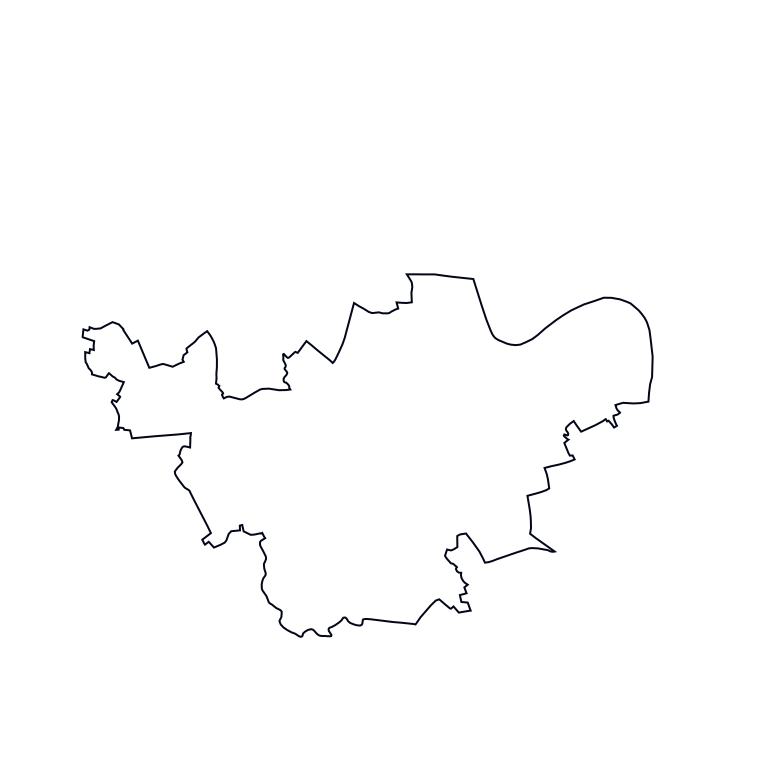 the district of Thanh Tri, Ha Noi, Vietnam, rotated 319°
{"feature_id": "81297802B95629282135268", "entity_name": "Thanh Tri", "entity_type": "district", "adm_level": 2, "iso_a3": "VNM", "parent_name": "Vietnam", "parent_adm1": "Ha Noi", "projection": "equal_earth", "projection_center": [105.831, 20.942], "detail": "fine", "context": "isolated", "style": "outline", "palette": "ink", "viewbox_px": 768, "rotation_deg": 319, "n_neighbors": 0, "source": "geoboundaries", "source_scale": "gbopen_adm2", "svg_char_len": 6154}
<svg xmlns="http://www.w3.org/2000/svg" viewBox="0 0 768 768"><g transform="rotate(319 384 384)"><path d="M520.3,363.4L505.9,347.9L500.3,341.6L494.3,334.7L473.2,316.2L471.9,324.6L471.1,326.4L468.9,329.5L464.5,333.2L458.6,340.6L454.2,337.7L450.9,334.6L447.0,330.7L444.2,336.4L441.9,335.4L437.1,334.2L434.5,333.9L432.9,332.9L429.3,329.7L427.1,326.5L423.4,324.0L421.5,322.6L419.8,319.6L419.0,316.9L418.0,313.7L416.2,308.9L414.5,303.2L384.5,323.5L378.3,327.0L370.2,330.7L363.4,333.6L361.1,334.3L359.1,334.5L358.7,330.5L355.8,314.2L354.9,308.2L353.6,300.7L339.3,303.9L338.2,301.6L337.3,301.5L331.6,301.7L329.7,301.7L328.9,301.4L328.4,300.9L328.2,298.9L328.1,295.6L327.8,295.5L327.0,295.7L325.9,297.4L324.7,298.8L323.7,299.7L322.9,303.0L322.2,305.4L320.9,306.5L319.3,306.9L318.8,307.6L318.6,311.6L317.9,312.5L316.1,313.2L313.4,313.5L311.6,314.2L310.1,316.3L310.1,317.3L310.5,318.2L311.1,318.8L311.3,320.7L311.2,322.9L311.0,323.6L310.0,324.6L309.7,326.7L306.1,324.3L300.7,319.8L294.1,312.0L288.8,307.8L286.8,306.9L281.0,305.7L270.0,303.8L267.9,303.1L266.4,302.2L265.0,300.7L260.4,294.0L259.0,292.0L256.9,290.6L253.7,289.8L253.9,288.0L254.6,286.0L254.8,285.7L256.3,285.7L256.7,284.6L256.6,279.2L256.7,278.2L258.4,277.5L258.2,275.5L257.4,273.5L261.1,270.1L264.3,266.2L268.6,262.0L274.0,255.9L280.7,246.8L282.3,243.0L283.3,240.2L284.2,236.5L284.8,233.3L285.2,228.1L280.1,227.6L274.6,227.2L269.0,228.1L258.3,227.6L257.6,228.4L256.4,231.1L251.6,230.8L249.6,232.3L247.9,233.4L247.4,235.9L243.4,234.4L235.8,232.3L232.6,227.2L230.5,224.0L228.4,222.8L223.4,220.7L217.5,217.8L226.7,189.8L220.4,188.3L220.7,186.5L222.7,172.0L223.3,171.7L223.0,165.1L219.7,159.2L212.0,157.3L206.6,156.1L202.9,153.5L201.3,152.1L199.1,148.0L197.4,149.6L195.3,149.3L193.0,145.6L187.7,150.5L187.3,151.1L193.4,161.5L190.0,164.6L187.3,168.0L185.0,164.8L181.9,167.5L179.4,163.9L175.3,168.7L173.0,172.1L173.0,173.5L171.5,178.4L171.7,180.5L171.5,182.6L171.2,183.8L169.9,185.1L174.2,191.9L174.6,192.2L177.2,196.0L178.7,196.5L182.7,195.5L183.5,195.4L183.7,196.7L184.2,200.4L184.9,202.1L185.1,203.2L185.1,205.1L186.3,208.0L188.9,211.9L180.0,216.0L178.6,216.5L175.9,216.6L176.5,219.8L176.4,220.7L170.4,222.1L169.2,218.9L168.6,218.1L166.5,219.1L166.1,224.5L165.6,227.5L164.5,230.3L163.9,232.4L163.2,233.9L161.9,235.7L159.6,238.0L157.3,239.7L155.2,241.6L151.8,242.9L153.8,244.4L155.4,242.9L158.4,246.3L157.9,248.1L161.9,252.4L158.2,259.7L176.5,272.9L195.4,286.9L206.1,294.4L204.6,295.8L202.5,297.4L202.4,297.8L200.2,300.2L196.0,304.7L193.4,301.1L192.7,300.3L191.6,299.6L190.8,299.4L189.3,299.7L186.6,300.8L183.8,302.9L182.9,303.2L181.9,303.2L181.4,308.4L181.1,309.5L180.4,311.0L178.1,311.5L173.3,311.8L168.7,312.8L167.3,315.0L166.8,317.0L166.2,321.1L165.9,325.5L165.6,331.1L165.9,332.6L166.6,334.5L167.2,336.7L166.6,338.9L164.7,346.2L157.6,375.3L155.5,383.0L144.7,382.3L143.6,386.7L143.5,387.8L148.2,388.1L148.4,395.9L155.1,398.1L158.1,398.8L159.7,399.2L162.3,398.7L168.4,395.3L172.1,394.9L179.3,400.0L182.3,396.3L184.5,397.4L181.4,403.1L184.4,410.3L187.2,412.5L192.8,415.6L193.1,416.3L194.4,416.5L193.4,420.4L193.2,422.4L188.0,421.6L186.8,422.0L186.0,422.7L184.6,424.6L183.9,427.4L183.1,431.1L181.7,436.5L181.1,437.5L180.2,438.7L176.9,440.4L176.0,440.6L174.7,441.7L172.4,445.0L170.8,448.8L169.8,450.1L168.8,450.7L165.7,451.4L163.2,452.7L160.2,455.0L157.4,458.5L156.8,460.5L156.2,466.5L155.8,468.0L153.9,473.0L153.9,474.4L154.2,475.6L154.6,476.4L155.7,482.4L157.4,486.5L157.5,487.7L157.4,488.8L154.0,492.3L152.6,493.0L149.7,494.2L149.0,495.6L148.3,497.8L148.4,501.7L149.5,506.1L151.2,510.6L153.2,514.3L154.3,518.4L155.2,520.1L156.1,520.6L157.2,520.6L159.3,519.2L161.8,519.1L165.2,519.7L168.1,521.2L169.2,522.8L169.4,524.3L169.5,528.8L170.0,530.9L170.7,532.2L171.9,533.5L174.0,535.3L175.7,537.1L177.7,538.9L178.7,539.6L179.7,538.9L180.4,534.1L181.3,532.7L182.1,532.3L183.4,532.4L185.1,533.1L189.0,534.0L193.5,534.5L196.6,534.5L199.9,533.7L201.4,534.6L201.9,536.2L201.3,539.6L201.7,542.0L203.1,544.9L205.0,548.0L207.4,550.6L209.2,551.1L210.5,550.6L213.5,548.0L214.4,548.2L216.5,549.7L219.4,552.6L234.5,569.4L240.9,576.0L249.1,584.8L250.0,586.1L251.2,585.9L258.6,584.0L274.1,581.8L280.9,581.4L284.4,582.7L285.6,590.9L286.6,596.8L287.2,597.5L290.5,597.5L290.5,605.6L299.4,611.0L300.7,611.9L303.8,603.9L299.4,599.3L301.5,595.4L302.8,593.1L309.0,596.1L311.2,590.2L315.5,590.4L314.7,587.5L314.5,585.2L314.8,583.1L315.3,581.1L316.7,578.7L318.4,577.1L316.8,575.5L316.2,573.3L316.9,570.8L317.8,570.3L318.9,570.1L318.2,565.0L316.9,563.3L316.8,557.2L317.3,553.7L323.0,550.3L325.4,553.6L328.4,554.6L332.4,555.2L339.5,546.8L342.6,547.4L347.8,550.6L347.2,561.7L346.1,573.0L344.3,580.5L343.0,585.1L346.3,587.2L350.2,588.9L354.2,590.3L362.9,593.8L373.0,597.9L381.2,601.4L385.3,603.0L387.8,604.7L392.2,608.9L398.6,616.8L399.9,619.7L400.7,620.7L401.7,621.7L402.9,622.4L397.6,600.5L396.0,592.8L400.3,589.3L404.6,584.2L408.0,579.8L412.0,573.8L418.9,562.5L426.7,566.3L431.4,568.5L436.6,570.5L440.2,571.2L445.3,563.3L447.8,558.6L450.1,552.7L456.1,555.7L463.2,559.6L469.6,562.7L474.2,564.6L478.4,566.0L479.5,561.7L477.3,560.0L477.9,557.1L481.4,546.8L486.7,547.0L486.3,546.1L485.7,541.6L485.9,540.9L487.0,540.4L488.4,542.7L488.9,543.2L489.4,543.3L490.1,542.8L490.6,541.9L491.0,540.3L491.0,539.0L491.3,537.8L492.2,536.9L493.4,536.3L498.1,536.0L502.9,536.4L502.3,540.8L501.6,548.0L501.5,549.3L516.3,553.7L524.2,555.5L525.5,555.7L527.7,555.8L528.3,556.0L527.9,558.7L529.4,559.1L529.5,563.3L529.1,567.8L532.4,568.4L532.6,567.3L533.6,564.0L534.8,560.9L535.7,559.3L536.4,558.5L540.2,560.3L543.3,560.5L543.4,560.0L543.1,557.6L543.1,556.9L543.6,554.5L544.5,552.8L544.8,551.8L546.6,552.5L552.0,555.0L559.6,562.4L564.9,566.6L572.0,570.8L578.4,564.4L584.9,558.6L590.9,554.6L604.7,539.6L614.1,525.9L619.7,517.5L622.9,510.1L624.1,505.1L624.5,499.2L624.5,495.5L623.6,489.1L622.9,484.8L621.0,480.9L617.7,475.0L612.3,468.3L606.5,463.1L597.2,459.4L587.0,455.1L573.7,451.3L564.3,449.7L555.8,448.7L542.2,447.8L532.3,447.9L525.4,447.4L518.3,445.5L512.7,443.7L508.7,440.9L505.4,437.3L503.2,434.1L499.1,425.7L498.1,422.2L498.1,420.3L498.4,417.6L499.5,413.8L503.4,402.8L509.5,388.2L520.3,363.4Z" fill="none" stroke="#020617" stroke-width="2"/></g></svg>